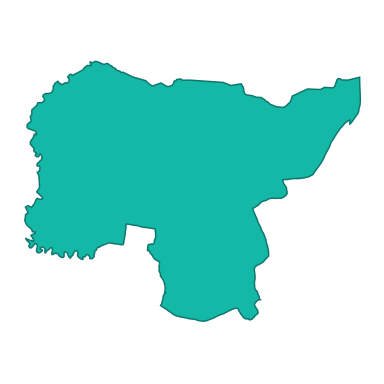 the district of Leraba, Léraba, Burkina Faso, rotated 91°
{"feature_id": "67063806B8254339248909", "entity_name": "Leraba", "entity_type": "district", "adm_level": 2, "iso_a3": "BFA", "parent_name": "Burkina Faso", "parent_adm1": "Léraba", "projection": "mercator", "projection_center": [-5.133, 10.653], "detail": "fine", "context": "isolated", "style": "filled", "palette": "teal", "viewbox_px": 384, "rotation_deg": 91, "n_neighbors": 0, "source": "geoboundaries", "source_scale": "gbopen_adm2", "svg_char_len": 6029}
<svg xmlns="http://www.w3.org/2000/svg" viewBox="0 0 384 384"><g transform="rotate(91 192 192)"><path d="M74.3,26.4L77.4,37.9L77.4,44.2L76.2,45.9L76.1,47.7L77.3,49.0L84.0,51.1L85.4,52.9L85.1,61.3L87.3,65.4L87.0,78.3L94.3,93.3L100.1,95.2L104.7,99.9L105.9,102.2L105.2,109.4L103.0,115.3L100.1,118.5L100.3,119.7L98.9,120.4L96.3,124.5L96.1,129.6L94.6,133.6L94.0,139.2L92.5,141.3L86.4,142.6L83.0,144.7L84.8,155.1L81.9,162.8L80.2,195.8L80.4,203.3L79.1,205.6L79.9,209.4L81.0,210.0L81.4,211.7L84.1,212.5L85.9,213.9L87.0,217.4L86.6,219.6L83.5,224.8L86.8,233.5L84.7,236.7L81.5,240.3L78.0,253.3L73.4,263.2L73.9,264.8L72.4,266.2L71.7,269.4L70.0,270.5L68.7,273.5L67.6,274.1L66.6,276.6L65.1,278.3L65.0,279.6L66.1,282.3L63.3,288.8L63.1,291.4L64.6,293.6L63.7,295.9L65.4,296.0L67.4,295.0L67.3,298.9L70.2,302.4L71.6,302.7L77.4,313.3L76.3,315.2L76.8,316.4L79.1,318.3L80.9,317.0L83.6,316.9L85.4,318.5L84.8,320.1L87.0,324.1L85.8,325.3L86.0,326.3L83.6,328.0L85.6,330.8L88.6,332.5L93.0,332.8L95.1,334.4L96.0,336.8L96.1,340.2L97.7,342.5L99.0,342.8L101.3,341.3L103.3,341.1L105.2,343.5L105.5,347.7L108.2,348.7L112.6,353.5L117.3,353.6L119.5,355.0L123.7,353.9L127.3,357.9L129.9,358.1L131.3,357.1L133.9,349.6L135.9,348.4L137.6,348.8L136.7,349.9L137.1,350.7L139.8,351.5L144.8,354.5L147.0,354.5L151.0,350.8L154.0,350.8L156.1,347.9L157.0,349.0L158.5,349.3L159.5,347.7L159.3,346.0L156.6,344.5L158.0,343.2L160.0,342.5L162.2,343.0L166.3,347.2L168.5,347.4L168.8,345.1L169.7,344.4L173.4,344.8L175.1,347.0L178.2,345.5L182.2,345.0L190.3,344.5L194.6,347.3L200.0,341.5L201.5,341.4L202.0,344.2L201.0,346.5L201.9,347.6L206.3,349.3L207.9,350.6L210.2,352.0L208.5,355.7L210.0,358.3L215.6,355.4L217.4,358.0L220.9,358.3L223.4,358.7L227.6,356.9L232.5,351.4L234.5,351.0L234.9,347.9L236.1,348.3L238.1,352.2L242.4,349.6L244.0,349.4L242.4,355.3L241.0,357.8L243.2,356.3L246.3,353.2L247.0,353.1L248.5,354.2L249.1,354.1L249.8,353.8L250.7,353.0L250.7,352.2L250.5,351.7L249.3,350.3L247.6,349.1L246.2,347.8L246.2,347.4L246.5,346.8L247.5,346.1L249.3,345.6L252.6,346.5L254.0,346.3L254.8,345.9L255.4,344.9L255.5,344.4L255.3,343.3L254.8,342.4L253.8,340.9L253.5,340.7L252.9,340.7L252.3,340.9L252.1,342.0L251.8,342.4L251.3,342.7L250.7,342.7L249.6,340.9L249.6,340.2L250.0,339.3L251.5,338.0L252.3,337.9L253.7,338.2L255.4,337.8L255.2,337.2L254.0,336.6L253.0,335.7L251.9,334.0L250.2,332.5L249.9,331.9L250.2,331.3L250.7,331.0L253.1,330.4L255.8,331.4L256.9,330.9L256.9,329.7L255.9,328.4L255.6,327.8L255.8,325.8L256.2,325.0L258.4,323.5L259.6,321.3L259.7,320.5L259.6,319.6L259.1,319.0L258.7,318.8L254.7,318.8L254.0,318.2L254.0,317.4L255.0,315.9L255.7,315.4L257.9,314.6L258.6,314.2L259.9,313.2L260.2,312.5L259.5,311.9L258.3,311.5L257.8,310.3L256.6,309.8L255.8,309.7L255.1,309.1L254.1,308.7L252.8,307.4L252.7,306.9L253.5,305.5L254.0,305.1L254.7,305.0L256.7,305.3L257.9,305.2L258.8,304.6L260.8,302.1L261.3,300.5L260.9,299.6L260.1,300.1L259.2,300.2L258.8,299.8L258.9,299.2L258.7,298.2L258.4,297.6L256.9,296.5L256.5,296.0L256.5,295.4L257.1,294.2L258.2,293.4L259.2,293.0L260.2,293.0L260.5,292.5L260.4,290.9L260.0,290.2L259.5,289.8L258.5,288.9L257.8,288.7L256.7,288.9L256.2,288.6L255.6,288.4L253.3,288.2L252.4,287.7L251.7,286.6L249.8,286.0L249.5,285.8L249.0,285.1L248.9,283.6L248.1,283.4L247.4,281.5L246.5,279.6L244.3,274.2L244.5,272.4L245.3,267.1L245.3,265.3L245.8,263.1L245.9,260.1L244.4,259.4L241.7,259.2L236.4,258.2L232.3,257.9L229.5,257.4L226.2,257.5L225.1,257.2L225.6,252.9L226.1,250.6L226.6,245.9L227.9,241.4L228.9,232.2L229.4,229.6L229.3,229.2L229.5,228.1L230.1,227.9L230.8,228.2L233.6,227.6L238.4,227.6L238.9,227.8L239.5,228.3L240.5,228.4L241.1,228.8L243.3,228.7L244.9,230.0L244.6,231.0L244.9,231.1L245.0,233.2L245.4,234.7L247.3,235.3L248.8,235.2L249.8,235.5L251.0,235.5L251.5,235.2L251.0,234.2L252.0,233.5L253.9,232.7L255.3,231.2L259.3,228.6L260.9,226.4L261.1,225.7L262.5,223.4L263.2,223.4L264.5,223.1L266.9,223.8L268.9,223.3L269.9,223.6L271.8,223.5L274.2,222.2L276.1,221.9L276.4,222.2L280.1,219.5L282.6,218.3L284.1,218.0L286.6,217.3L288.7,217.1L290.8,217.2L293.3,217.6L293.3,216.8L295.6,218.6L297.3,219.0L299.4,219.2L301.8,219.9L303.9,220.2L306.1,221.5L309.8,215.4L311.8,212.8L312.6,211.2L314.4,209.1L315.4,207.2L315.9,205.9L316.5,203.9L316.5,203.1L317.0,201.6L317.4,199.9L317.4,199.2L317.5,198.1L318.8,192.3L319.2,187.3L320.3,183.6L320.6,181.9L320.9,179.3L320.9,177.3L320.4,174.9L320.0,174.2L317.8,168.6L315.4,164.1L313.9,160.7L313.1,158.2L310.0,152.7L308.5,149.5L307.3,145.9L307.4,144.7L308.2,143.8L309.2,143.3L310.4,142.8L311.8,141.8L313.1,141.1L316.6,138.3L318.1,135.7L317.7,134.7L317.9,134.1L317.6,133.1L318.4,132.9L318.8,132.4L318.9,132.0L318.1,129.7L316.9,128.9L316.1,127.5L314.9,127.1L314.5,126.8L313.4,125.2L312.4,124.7L312.3,124.0L311.9,123.8L309.2,124.3L305.3,126.9L303.7,127.5L303.1,127.6L301.4,126.7L298.8,124.0L298.4,121.9L298.1,122.3L297.2,122.8L295.3,123.0L294.5,123.4L293.3,124.3L292.4,124.3L290.3,125.1L288.7,126.7L287.8,127.3L286.8,127.6L281.3,128.0L276.9,127.4L273.5,127.7L269.0,128.3L266.8,128.2L265.9,127.7L264.2,125.7L262.5,122.3L260.5,119.3L258.8,118.1L254.6,114.2L249.8,114.5L245.7,115.4L244.8,115.5L240.5,117.0L238.7,117.2L232.3,119.7L229.2,121.7L225.7,122.9L223.0,124.5L220.6,125.6L217.1,126.9L214.7,128.1L213.2,128.7L210.5,130.0L207.5,130.9L206.8,130.4L206.6,129.6L205.9,128.4L205.0,127.2L204.6,126.2L203.0,124.7L202.6,124.2L200.2,121.7L199.3,118.2L197.4,114.8L197.1,113.7L196.8,110.9L196.9,108.0L196.6,105.4L196.6,104.3L196.8,103.6L196.7,103.0L195.8,100.7L193.6,97.9L191.7,96.8L190.9,97.2L190.4,96.9L189.8,97.0L188.5,97.4L186.1,97.7L184.3,98.7L183.4,99.5L182.3,100.3L178.3,101.7L178.1,101.2L177.8,96.7L176.8,90.7L176.8,87.5L176.6,84.9L175.9,79.9L174.7,75.5L172.6,71.6L171.9,71.0L168.8,69.1L162.2,64.4L158.2,62.0L156.2,61.0L152.4,59.5L145.4,55.8L144.1,55.2L142.8,54.9L139.3,53.4L136.2,51.3L134.0,50.2L131.7,48.7L129.1,47.2L127.9,46.2L125.6,44.6L120.1,39.9L119.5,38.9L118.8,38.3L117.2,35.4L121.2,35.4L120.8,34.7L119.3,33.5L111.2,27.9L108.7,26.8L105.1,26.4L103.0,25.7L100.2,25.4L95.5,25.3L82.6,26.1L74.3,26.4Z" fill="#14b8a6" stroke="#0f766e" stroke-width="1.5"/></g></svg>